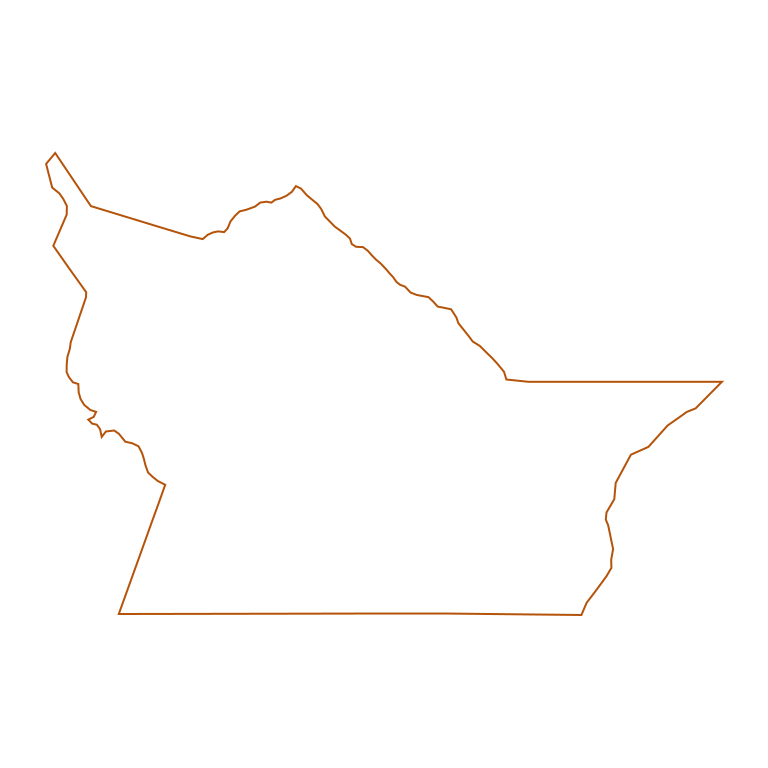 Tabuleiro do Norte, Ceará, Brazil
{"feature_id": "56859067B32879374314825", "entity_name": "Tabuleiro do Norte", "entity_type": "district", "adm_level": 2, "iso_a3": "BRA", "parent_name": "Brazil", "parent_adm1": "Ceará", "projection": "robinson", "projection_center": [-38.067, -5.298], "detail": "fine", "context": "isolated", "style": "outline", "palette": "amber", "viewbox_px": 768, "rotation_deg": 0, "n_neighbors": 0, "source": "geoboundaries", "source_scale": "gbopen_adm2", "svg_char_len": 1730}
<svg xmlns="http://www.w3.org/2000/svg" viewBox="0 0 768 768"><path d="M581.4,615.0L586.6,602.8L595.7,590.9L606.5,576.2L611.4,567.8L611.2,559.7L613.1,549.1L608.2,525.4L605.8,519.6L606.5,512.5L614.3,499.1L615.7,482.9L630.9,454.7L648.5,446.8L667.6,425.5L682.7,414.9L686.6,412.0L695.6,408.4L721.9,381.8L528.4,381.8L506.4,379.5L504.0,371.8L497.7,364.1L492.3,358.2L486.8,352.9L479.9,346.0L472.7,341.5L468.7,336.1L458.3,323.1L456.4,317.5L451.1,309.3L443.5,307.7L437.7,306.6L433.2,301.6L428.4,297.1L421.7,295.9L416.6,294.9L410.5,292.5L405.1,286.7L400.2,284.8L396.5,282.0L393.1,277.1L389.6,273.4L386.5,269.7L380.8,263.6L376.0,259.6L372.0,255.5L367.8,250.8L363.0,247.1L356.1,246.8L351.8,244.1L350.0,238.6L346.0,234.8L341.8,231.7L334.8,226.6L324.9,216.5L321.2,209.0L317.5,204.0L313.4,200.7L306.9,195.3L301.0,188.6L295.9,186.1L291.9,191.8L286.4,195.8L280.4,198.5L275.1,199.8L271.4,202.6L266.3,201.7L260.2,202.6L255.0,206.6L246.5,209.7L239.6,211.4L235.0,215.8L230.5,221.4L227.6,228.4L224.1,232.1L218.0,231.4L213.1,232.4L207.7,234.8L202.7,239.1L190.4,236.4L176.2,232.1L154.4,225.5L90.9,206.1L55.2,153.0L46.1,163.9L52.2,187.6L59.4,193.4L63.3,199.0L66.9,206.1L66.7,214.6L53.3,245.8L68.6,267.6L86.2,292.2L86.0,297.3L70.7,342.3L69.9,348.6L67.4,356.9L66.7,364.8L66.6,372.0L68.9,377.1L72.9,382.3L78.3,384.0L78.7,392.5L80.6,399.1L84.3,405.0L90.4,410.0L96.1,411.9L93.7,416.9L88.3,419.6L92.1,423.6L96.8,424.7L100.1,429.2L101.7,436.9L105.9,431.5L114.1,430.5L118.8,433.7L125.3,441.7L132.4,443.3L138.5,446.3L142.0,452.9L143.9,458.9L145.5,465.4L148.1,472.6L152.8,477.0L157.8,481.0L165.2,484.8L158.2,504.5L153.0,518.8L118.8,614.0L229.0,613.8L289.2,613.7L386.3,613.5L394.0,613.5L443.2,613.5L581.4,615.0Z" fill="none" stroke="#b45309" stroke-width="2"/></svg>